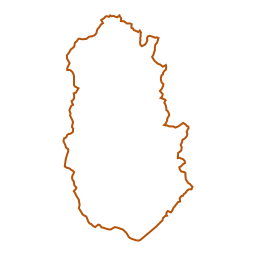 Antonina, Paraná, Brazil (Natural Earth projection)
{"feature_id": "56859067B44951907355008", "entity_name": "Antonina", "entity_type": "district", "adm_level": 2, "iso_a3": "BRA", "parent_name": "Brazil", "parent_adm1": "Paraná", "projection": "natural_earth1", "projection_center": [-48.714, -25.296], "detail": "fine", "context": "isolated", "style": "outline", "palette": "amber", "viewbox_px": 256, "rotation_deg": 0, "n_neighbors": 0, "source": "geoboundaries", "source_scale": "gbopen_adm2", "svg_char_len": 3364}
<svg xmlns="http://www.w3.org/2000/svg" viewBox="0 0 256 256"><path d="M158.5,38.0L156.6,37.3L155.3,37.8L153.5,37.0L149.6,35.8L147.9,36.4L146.9,38.5L147.4,40.1L146.0,43.4L144.6,44.9L141.8,46.2L140.4,44.7L140.0,41.9L140.5,40.0L140.2,38.4L140.7,35.9L140.5,34.1L141.0,32.7L139.8,30.6L138.3,32.1L136.7,31.2L133.9,30.1L132.9,28.4L131.4,27.8L131.6,24.2L129.9,23.4L126.9,23.5L124.1,21.3L120.9,21.1L121.2,18.3L120.2,17.0L119.5,15.4L117.2,17.3L115.1,16.6L113.7,16.0L111.4,16.2L110.2,15.4L109.1,16.8L106.6,16.2L105.4,16.6L104.4,17.9L101.2,20.1L103.0,23.2L100.8,24.6L99.5,26.9L97.3,29.5L96.4,33.1L95.4,34.5L94.3,35.4L91.8,36.4L90.5,36.4L89.0,36.8L86.4,38.9L82.2,39.3L78.9,38.6L77.8,39.6L76.9,41.1L74.9,42.8L74.2,46.7L70.6,49.7L69.3,52.3L66.9,55.3L67.0,58.5L69.6,63.1L67.2,68.3L67.3,70.1L69.9,69.9L72.3,71.9L73.2,73.6L74.0,76.0L74.0,85.2L75.2,86.7L78.5,88.3L76.8,91.0L76.1,92.5L73.7,93.4L74.2,96.0L74.0,98.5L73.0,100.0L71.6,101.0L72.0,102.6L73.1,104.8L71.4,105.7L70.4,107.6L69.4,110.4L70.5,113.3L70.1,115.3L70.9,117.5L71.9,119.2L73.1,122.3L72.6,123.8L71.9,126.9L73.2,128.7L72.8,132.1L70.3,133.8L68.6,134.0L67.1,135.1L66.7,136.6L65.7,137.7L64.0,138.5L63.5,141.3L64.3,142.9L65.2,144.8L66.0,147.6L68.3,149.3L68.2,151.3L67.7,153.0L67.1,154.6L66.5,156.7L65.9,158.6L65.5,161.0L65.2,163.1L64.8,166.5L66.9,167.8L68.6,168.1L69.9,168.8L71.0,169.8L72.9,170.8L74.1,172.1L73.3,174.1L72.5,175.3L72.0,177.7L72.7,180.2L73.8,181.4L74.0,183.5L74.4,185.3L75.3,186.4L76.5,187.8L75.5,189.4L73.8,191.1L75.3,193.4L76.0,195.3L77.8,198.1L78.7,199.5L79.0,201.3L79.3,202.9L79.6,205.0L78.9,208.0L79.6,209.4L81.3,212.1L82.5,214.3L83.9,215.3L86.2,216.5L86.9,217.9L87.5,219.6L88.1,221.2L89.4,223.3L91.4,224.2L93.2,226.1L95.2,227.1L97.2,225.4L98.4,224.6L99.9,225.1L101.6,227.5L103.4,227.7L105.5,228.5L108.8,229.4L110.9,229.4L113.0,228.1L114.8,227.1L118.6,227.9L119.9,228.5L123.0,229.6L126.6,233.2L127.8,235.3L129.0,237.3L131.2,238.6L136.1,240.3L138.8,240.6L140.5,239.8L155.4,227.3L162.4,220.4L163.0,218.2L165.1,216.0L167.0,215.7L166.2,214.3L166.7,212.3L167.8,211.0L170.8,212.4L172.2,210.9L172.8,209.2L173.6,207.6L174.8,206.4L175.6,205.1L176.8,203.8L177.8,202.2L180.1,201.5L179.7,198.7L180.2,197.4L181.5,196.0L183.0,195.7L184.0,193.9L185.5,193.0L186.9,190.9L188.7,189.3L191.5,189.3L192.5,186.8L191.0,185.3L190.0,184.0L188.4,183.2L186.7,180.8L185.8,179.3L185.4,175.3L185.5,173.0L184.2,172.1L182.9,171.8L181.2,171.5L179.8,169.4L179.3,167.2L180.8,166.5L183.2,164.0L185.0,163.1L184.7,161.0L183.1,159.2L180.9,158.4L179.6,157.8L177.8,158.1L178.0,155.1L178.2,152.8L179.4,152.1L181.3,150.4L181.7,147.1L180.7,145.0L182.0,142.2L182.5,139.7L183.8,139.1L185.2,138.1L186.8,136.2L187.4,134.0L186.6,131.7L187.7,129.6L188.6,128.2L188.3,126.5L186.9,126.1L185.1,124.1L183.1,123.0L180.5,124.8L178.5,126.3L175.3,127.6L173.5,126.5L170.5,126.4L169.0,126.3L167.4,125.6L164.2,125.0L165.7,123.6L167.1,120.6L167.3,118.5L169.3,115.1L168.6,112.8L167.6,111.0L166.4,110.1L166.3,108.1L165.9,105.9L165.2,104.2L164.3,102.7L165.6,100.3L164.5,99.3L160.7,98.0L162.1,96.6L162.7,94.1L159.9,91.0L161.7,89.0L163.1,86.2L163.4,84.1L161.8,82.7L161.1,80.7L160.8,78.3L161.5,75.4L162.9,74.4L163.1,72.7L164.5,70.8L165.8,69.7L166.3,67.1L165.8,65.1L162.8,66.7L160.3,64.6L158.3,64.0L157.0,63.0L155.0,61.3L153.4,59.2L152.1,56.9L153.5,54.6L154.1,52.2L154.9,50.4L154.8,48.0L155.4,44.6L157.1,42.6L158.5,38.0Z" fill="none" stroke="#b45309" stroke-width="2"/></svg>